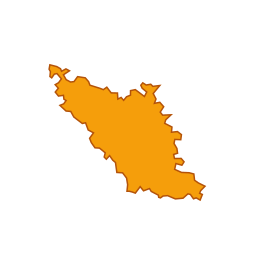 the district of Yakkabag, Kashkadarya, Uzbekistan, rotated 214°
{"feature_id": "79887680B77871690978000", "entity_name": "Yakkabag", "entity_type": "district", "adm_level": 2, "iso_a3": "UZB", "parent_name": "Uzbekistan", "parent_adm1": "Kashkadarya", "projection": "natural_earth1", "projection_center": [66.844, 38.854], "detail": "fine", "context": "isolated", "style": "filled", "palette": "amber", "viewbox_px": 256, "rotation_deg": 214, "n_neighbors": 0, "source": "geoboundaries", "source_scale": "gbopen_adm2", "svg_char_len": 1644}
<svg xmlns="http://www.w3.org/2000/svg" viewBox="0 0 256 256"><g transform="rotate(214 128 128)"><path d="M228.1,136.7L226.3,132.6L223.9,131.4L221.5,127.0L219.3,126.9L219.2,131.5L217.3,133.4L210.7,131.5L210.9,126.7L212.6,123.2L208.0,122.0L208.4,117.1L203.5,115.6L199.8,119.0L197.2,116.0L194.7,116.2L194.8,112.1L197.1,108.7L188.9,107.4L184.7,109.7L179.0,106.8L168.4,106.2L166.1,108.6L159.9,104.1L153.9,104.7L154.1,98.0L150.3,95.4L144.3,93.1L140.4,95.4L133.0,94.7L131.5,90.6L128.5,90.0L127.8,94.8L122.7,92.8L119.1,92.4L112.4,84.9L107.4,87.8L101.2,85.7L96.6,80.8L93.5,75.0L91.5,76.3L88.7,77.3L85.5,78.1L85.1,86.2L80.0,84.6L76.3,89.8L73.3,88.4L65.3,89.3L63.8,87.7L62.0,88.2L60.9,91.2L57.3,94.1L49.1,95.7L43.1,100.6L41.5,106.9L39.1,107.8L34.1,105.9L32.4,108.2L27.9,108.6L29.2,114.5L32.1,113.9L32.7,116.7L31.6,122.8L39.0,121.8L43.6,121.9L47.7,126.7L52.3,125.1L58.8,121.1L66.2,119.8L68.4,125.3L62.5,127.3L62.6,131.3L66.9,132.5L72.4,128.7L75.4,131.6L72.8,134.8L76.0,138.4L81.2,140.9L82.8,144.7L77.7,147.8L80.0,152.4L85.0,152.7L89.6,148.8L92.1,153.4L100.2,152.4L101.3,155.9L99.7,163.0L106.5,158.0L110.2,159.2L110.3,165.6L116.0,167.1L119.9,163.2L121.0,167.7L126.4,170.7L125.4,181.0L130.7,176.4L133.6,177.0L137.0,173.8L141.0,173.7L141.3,170.6L138.5,168.9L132.6,168.3L132.0,163.3L143.4,163.9L146.8,160.4L144.3,156.6L146.7,153.1L147.1,148.5L150.8,149.5L152.6,146.3L156.3,151.1L161.6,147.7L168.4,150.0L169.9,146.0L173.5,145.2L183.5,142.2L186.6,144.4L191.5,145.7L198.5,142.4L198.7,136.3L201.3,134.0L206.3,133.5L211.3,136.0L208.5,142.7L212.5,142.3L214.8,137.9L217.1,139.4L221.4,139.1L228.1,136.7Z" fill="#f59e0b" stroke="#b45309" stroke-width="1.5"/></g></svg>